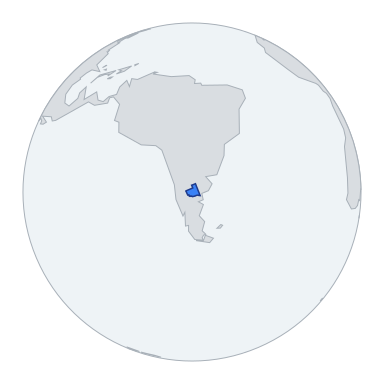 La Pampa on an orthographic globe, rotated 337°
{"feature_id": "ARG-1296", "entity_name": "La Pampa", "entity_type": "Province", "adm_level": 1, "iso_a3": "ARG", "parent_name": "Argentina", "parent_adm1": "", "projection": "orthographic", "projection_center": [-66.048, -37.163], "detail": "fine", "context": "on_globe", "style": "filled", "palette": "blue", "viewbox_px": 384, "rotation_deg": 337, "n_neighbors": 0, "source": "natural_earth", "source_scale": "10m", "svg_char_len": 4103}
<svg xmlns="http://www.w3.org/2000/svg" viewBox="0 0 384 384"><g transform="rotate(337 192 192)"><circle cx="192" cy="192" r="169" fill="#eef3f6" stroke="#a8b0b8"/><path d="M165.7,25.1L166.6,25.0L168.7,24.7L182.6,23.3L196.6,23.1L210.5,24.1L203.3,23.6L191.3,23.2L181.8,24.2L193.9,23.4L195.2,24.2L197.9,24.4L201.3,24.5L203.1,24.2L204.8,24.7L193.5,25.3L191.8,24.8L195.4,24.5L189.7,24.6L182.1,25.7L183.4,26.4L170.5,28.7L171.3,29.4L168.9,30.5L168.6,29.1L168.9,31.9L154.0,37.8L154.2,45.2L147.6,40.5L141.3,41.3L133.6,43.4L133.5,44.6L123.6,46.8L114.0,52.7L109.7,60.4L112.4,64.8L123.5,61.2L127.3,56.9L135.7,53.9L128.8,64.7L143.4,62.6L141.4,70.7L145.6,74.1L153.0,71.7L160.7,72.7L166.5,67.1L175.6,63.8L175.6,70.5L180.8,64.1L185.8,67.1L204.1,66.9L202.6,68.4L218.0,77.7L234.8,83.7L238.8,89.9L236.7,93.1L242.6,95.2L242.7,97.6L266.2,107.2L278.2,117.6L277.8,126.6L267.7,134.1L258.5,156.6L240.4,160.8L235.7,171.0L221.6,185.8L210.6,183.2L213.7,192.3L207.6,197.2L200.5,197.1L199.3,203.5L194.1,203.5L197.6,208.0L189.4,216.7L192.1,224.2L186.2,231.7L188.2,236.3L185.8,236.2L183.5,238.0L183.4,240.7L176.0,236.8L173.5,226.7L175.8,221.4L172.7,220.8L177.5,207.9L174.3,210.6L174.3,192.7L178.6,178.4L180.6,141.7L176.8,135.2L163.7,128.8L147.9,108.5L152.0,99.2L148.6,95.9L159.6,83.0L156.9,73.8L153.0,73.1L149.1,77.2L136.1,74.1L131.9,68.6L94.4,72.8L91.1,72.0L91.9,67.8L84.1,63.8L85.3,70.8L81.4,71.4L79.1,70.1L81.5,67.8L81.6,65.0L78.7,66.8L79.8,65.7L89.0,58.0L98.9,51.0L109.1,44.8L119.8,39.2L130.9,34.5L142.3,30.5L153.9,27.4L165.7,25.1ZM152.9,48.3L169.6,50.5L159.8,52.3L161.7,51.1L157.5,49.8L149.7,49.5L141.2,52.2L152.9,48.3ZM161.2,42.4L158.2,42.5L161.2,42.1L161.2,42.4ZM188.5,245.5L176.7,238.3L183.3,241.4L187.4,237.1L193.7,242.9L188.5,245.5ZM200.8,235.1L205.8,233.2L207.2,234.6L204.0,236.3L200.8,235.1ZM348.3,256.3L348.2,255.6L343.1,265.6L342.5,264.2L339.1,269.1L335.8,270.9L332.1,269.9L331.2,259.4L335.1,254.0L340.7,239.5L350.1,209.8L354.6,202.2L356.2,193.3L355.1,167.9L355.6,159.9L354.3,153.7L352.2,150.4L350.2,143.2L348.5,140.5L335.0,128.0L328.3,116.8L314.2,92.3L314.8,87.7L310.5,79.8L311.3,72.4L319.8,81.5L327.6,91.2L334.6,101.4L340.9,112.1L346.4,123.3L351.0,134.8L354.8,146.7L357.7,158.7L359.7,171.0L360.7,183.4L360.9,195.8L360.2,208.2L358.5,220.5L356.0,232.7L352.6,244.6L348.3,256.3ZM316.6,78.8L318.0,80.8L316.6,78.8ZM204.6,66.9L206.8,68.3L203.9,68.2L204.6,66.9ZM158.2,54.7L161.8,54.4L163.7,55.0L160.9,55.7L158.2,54.7ZM189.1,52.5L193.3,52.9L188.8,53.4L189.1,52.5ZM172.3,50.9L185.7,52.4L177.0,54.4L168.5,53.8L174.5,52.8L172.3,50.9ZM159.1,45.3L161.3,45.4L160.5,46.4L159.1,45.3ZM163.3,42.1L162.4,42.3L161.4,41.8L163.3,42.1ZM195.9,24.1L196.8,24.1L200.2,24.3L198.5,24.4L195.9,24.1ZM215.8,25.1L218.0,25.8L215.2,25.2L213.3,25.2L205.1,24.1L210.5,24.1L209.5,24.1L215.8,25.1ZM195.6,23.3L200.2,23.6L194.9,23.3L195.6,23.3ZM271.0,340.7L267.4,342.4L269.4,341.2L271.0,340.7ZM335.3,281.5L335.8,280.7L337.0,278.7L335.3,281.5ZM83.6,320.9L82.5,319.4L87.4,323.1L93.8,327.7L99.0,332.0L83.6,320.9ZM79.3,317.2L74.9,313.4L72.5,311.4L73.9,312.4L71.3,309.0L81.3,318.2L79.3,317.2Z" fill="#d9dde1" stroke="#a8b0b8" stroke-width="1"/><path d="M194.3,188.6L194.3,188.1L194.3,185.6L195.8,185.7L197.1,185.7L198.4,185.7L198.4,186.5L198.4,187.2L198.3,188.5L198.3,189.8L198.3,190.5L198.3,191.2L198.2,192.4L198.2,193.8L198.2,195.4L198.1,197.0L198.1,198.5L197.9,198.4L197.7,198.3L197.4,198.1L197.2,197.9L196.9,197.8L196.9,197.7L196.7,197.5L196.6,197.4L196.4,197.3L195.6,197.0L194.8,196.9L194.7,196.9L194.1,196.8L193.8,196.9L193.7,196.9L193.4,196.9L193.2,196.8L192.9,196.9L192.7,196.8L192.5,196.7L192.4,196.7L192.2,196.7L191.6,196.6L191.3,196.6L191.2,196.6L190.9,196.6L190.8,196.4L190.7,196.3L190.7,196.2L190.4,196.1L190.2,195.9L189.9,195.8L189.7,195.7L189.4,195.3L189.4,195.2L189.1,195.2L188.9,195.2L188.7,195.3L188.4,195.2L188.2,194.8L188.1,194.7L187.9,194.7L187.8,194.3L187.8,194.2L188.0,194.0L188.1,193.9L188.1,193.7L188.0,193.4L187.9,193.4L186.9,193.2L186.8,191.1L186.8,189.4L186.7,189.1L186.7,188.9L186.7,188.7L186.8,188.6L189.4,188.6L189.6,188.6L190.6,188.6L192.0,188.6L194.2,188.6L194.3,188.6Z" fill="#3b82f6" stroke="#1e3a8a" stroke-width="1.5"/></g></svg>